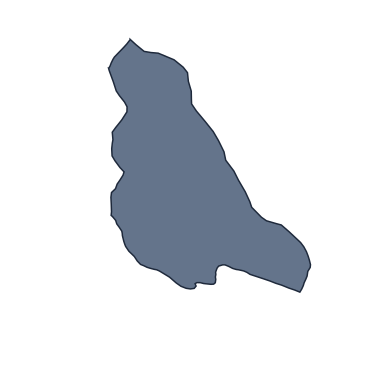 outline of Huddinge, Stockholm, Sweden, rotated 41°
{"feature_id": "70781695B98440364310876", "entity_name": "Huddinge", "entity_type": "district", "adm_level": 2, "iso_a3": "SWE", "parent_name": "Sweden", "parent_adm1": "Stockholm", "projection": "robinson", "projection_center": [18.029, 59.213], "detail": "fine", "context": "isolated", "style": "filled", "palette": "slate", "viewbox_px": 384, "rotation_deg": 41, "n_neighbors": 0, "source": "geoboundaries", "source_scale": "gbopen_adm2", "svg_char_len": 1796}
<svg xmlns="http://www.w3.org/2000/svg" viewBox="0 0 384 384"><g transform="rotate(41 192 192)"><path d="M339.1,196.8L338.5,193.3L337.4,189.6L336.2,187.0L335.1,183.1L334.0,179.9L331.5,176.0L330.7,171.4L329.1,169.1L325.1,166.3L321.7,164.2L317.6,162.0L312.3,160.0L307.1,158.9L291.2,158.3L281.0,158.3L276.3,160.6L271.1,163.0L267.0,164.9L261.0,165.5L247.1,164.4L242.0,161.4L232.0,156.9L219.3,152.6L209.8,148.7L196.6,145.9L189.8,140.7L178.4,135.9L168.4,132.5L155.3,130.1L142.1,128.0L133.9,125.8L130.8,122.5L125.3,116.4L116.7,110.9L110.3,104.9L103.5,103.6L91.7,104.0L75.4,109.4L69.5,113.7L63.6,117.3L53.1,117.6L45.2,117.4L45.4,117.6L45.5,119.8L45.7,122.8L45.6,127.5L45.4,131.6L45.2,135.0L44.9,141.0L45.3,143.6L46.4,147.7L47.5,150.7L48.0,153.2L47.8,153.3L49.9,154.7L60.4,160.5L68.5,165.4L74.0,166.9L82.1,168.4L87.1,170.3L90.3,174.2L91.7,183.7L92.1,193.4L92.6,199.2L98.0,204.4L99.8,207.4L103.0,212.0L108.0,217.2L113.5,219.0L121.6,220.8L127.5,221.4L128.9,224.5L129.8,230.3L130.3,235.1L132.1,239.7L131.6,245.2L134.3,249.2L138.9,254.0L144.3,259.8L146.3,262.7L148.0,262.7L153.0,263.5L156.1,265.4L160.0,266.3L164.7,267.6L166.5,269.0L168.1,270.6L172.8,273.9L175.3,275.4L177.6,276.6L183.2,278.1L190.7,278.5L196.1,280.0L200.7,280.4L203.8,279.3L207.5,278.3L210.9,276.8L214.3,275.1L216.3,273.9L219.2,273.0L225.0,272.0L230.9,271.0L239.7,271.0L245.5,270.4L250.8,268.5L254.4,266.2L256.9,263.3L256.8,260.3L254.5,259.2L255.1,257.2L257.7,255.0L260.9,253.4L266.9,249.2L268.8,247.3L269.1,245.2L267.3,242.4L265.4,240.8L264.1,238.6L262.4,237.0L260.9,233.1L260.7,230.5L263.0,226.8L264.8,225.3L268.7,224.0L272.8,223.0L276.3,221.4L278.1,220.2L282.7,217.7L286.1,216.6L289.8,216.1L301.7,211.1L309.0,208.1L315.2,205.9L320.7,203.5L328.3,200.9L333.6,198.7L339.1,196.8Z" fill="#64748b" stroke="#1e293b" stroke-width="1.5"/></g></svg>